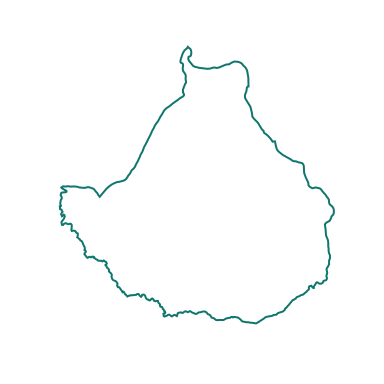 outline of District Autonome De Yamoussoukro, Lacs, Ivory Coast, rotated 167°
{"feature_id": "98640826B30232425959699", "entity_name": "District Autonome De Yamoussoukro", "entity_type": "district", "adm_level": 2, "iso_a3": "CIV", "parent_name": "Ivory Coast", "parent_adm1": "Lacs", "projection": "natural_earth1", "projection_center": [-5.252, 6.815], "detail": "fine", "context": "isolated", "style": "outline", "palette": "teal", "viewbox_px": 384, "rotation_deg": 167, "n_neighbors": 0, "source": "geoboundaries", "source_scale": "gbopen_adm2", "svg_char_len": 5927}
<svg xmlns="http://www.w3.org/2000/svg" viewBox="0 0 384 384"><g transform="rotate(167 192 192)"><path d="M316.2,226.5L318.3,225.8L318.0,224.9L316.8,224.0L315.6,222.6L314.8,222.1L314.1,221.3L314.2,220.6L315.0,220.2L318.9,220.7L319.5,220.6L320.7,218.6L320.1,216.4L320.4,214.9L321.6,213.8L322.6,211.5L323.0,210.1L322.8,208.0L323.4,207.5L324.0,207.7L324.4,204.9L323.2,204.2L322.6,201.8L324.0,200.6L324.5,199.9L324.1,197.6L323.2,198.0L322.1,198.8L321.5,198.1L321.5,196.7L322.9,194.7L325.6,192.4L326.0,191.7L326.1,190.9L326.1,189.2L325.2,188.9L323.4,190.0L321.7,189.9L320.4,188.7L319.2,188.4L317.7,188.5L316.9,187.8L316.6,186.8L317.4,183.9L318.1,182.2L317.9,181.1L316.0,181.0L314.7,180.3L314.3,179.8L313.8,178.2L312.6,177.3L313.0,175.5L314.0,173.6L313.4,173.2L312.7,172.0L311.9,171.1L311.8,170.2L311.4,169.6L310.6,169.0L310.2,168.2L309.6,164.5L309.0,162.5L309.3,160.1L309.8,159.7L308.9,158.6L308.9,157.6L310.5,156.4L310.8,155.6L309.7,153.3L309.1,151.8L308.5,151.3L306.7,152.0L305.8,151.5L305.4,151.1L304.8,151.1L304.1,151.5L302.7,151.2L302.2,150.8L302.6,150.1L301.4,149.2L300.6,148.0L299.4,147.2L299.1,146.5L298.4,146.0L295.9,145.4L294.9,144.5L293.4,145.1L292.2,143.7L291.4,143.1L291.1,141.6L291.5,141.0L292.8,140.3L292.6,139.6L292.1,139.2L291.7,137.2L291.2,136.7L290.5,135.5L290.4,134.3L290.8,133.6L290.5,132.7L289.1,130.8L288.9,130.1L288.8,129.1L289.0,128.5L289.5,127.6L289.3,125.2L288.9,124.3L288.3,123.6L286.4,122.3L285.6,120.9L285.2,119.3L286.0,117.8L285.7,116.2L285.4,116.3L284.6,115.7L283.7,114.2L283.2,112.6L282.5,111.3L282.3,110.0L281.2,110.3L280.6,109.4L280.5,108.2L280.1,107.3L279.4,106.8L279.3,106.2L278.4,104.7L276.8,105.2L276.0,105.0L275.3,105.3L274.4,104.9L273.0,104.9L272.3,104.6L270.7,104.6L269.8,104.3L268.2,104.9L267.3,104.7L266.8,104.3L266.3,102.7L265.2,101.3L264.5,101.8L263.9,102.8L262.9,103.1L262.4,103.0L261.7,102.6L261.0,101.5L260.8,99.5L260.4,98.2L259.5,97.2L259.0,97.1L258.4,96.7L258.0,96.0L257.2,95.9L255.2,97.2L254.6,97.1L254.2,96.7L253.8,95.9L253.2,94.2L252.2,93.8L250.9,93.9L249.8,93.6L249.7,91.8L248.5,89.8L248.8,88.1L248.5,87.3L247.1,86.8L246.8,86.0L246.8,84.6L246.4,84.3L246.0,83.8L245.9,82.2L245.3,81.8L245.1,80.7L245.7,79.9L246.8,80.1L247.3,79.8L247.2,79.1L247.5,77.5L246.9,76.9L244.0,77.2L243.2,77.6L242.1,77.7L241.6,77.5L240.3,75.9L239.6,75.3L238.8,75.7L236.9,76.2L236.4,76.1L234.7,74.5L234.1,75.2L233.7,76.2L233.2,77.0L232.2,77.3L230.6,77.3L229.8,77.2L228.7,76.3L228.1,76.3L226.3,77.1L225.2,77.2L224.6,77.0L223.0,75.8L220.8,76.4L219.9,75.7L218.9,74.4L217.5,73.6L216.5,72.7L215.7,72.3L214.4,72.4L212.4,73.2L211.1,72.9L208.3,73.1L206.5,72.7L205.8,72.3L204.9,71.3L204.1,69.5L203.7,69.1L202.7,68.6L202.2,68.0L201.7,67.1L201.2,65.3L199.2,64.2L197.5,62.0L195.9,61.3L194.8,61.3L190.0,60.2L187.5,61.0L185.3,61.1L183.0,60.9L181.9,61.4L181.0,61.3L180.3,60.6L179.8,60.8L178.3,60.6L175.3,59.2L173.4,56.9L172.4,54.9L171.9,54.5L167.9,52.7L166.6,52.5L164.9,51.7L161.3,50.5L160.0,49.8L158.7,49.6L150.7,52.4L148.7,53.4L147.5,53.6L141.7,53.3L140.0,53.8L137.4,53.5L135.5,54.7L130.4,55.1L128.2,56.2L127.3,57.6L125.6,58.3L124.5,59.4L123.6,59.8L118.2,64.0L117.0,64.1L115.7,64.7L115.1,64.7L114.0,65.7L113.1,66.1L110.8,66.3L109.5,66.9L106.7,67.1L104.2,68.5L103.0,68.9L102.1,69.7L100.3,70.7L99.7,71.6L99.6,72.8L98.9,73.7L96.8,73.8L96.4,72.7L95.9,71.9L95.4,71.2L94.9,71.1L94.6,72.4L91.0,75.9L90.2,75.8L88.6,74.1L87.4,73.7L86.4,73.7L85.2,74.0L83.8,75.8L81.3,75.9L80.4,76.6L79.9,77.7L79.9,80.2L78.4,82.8L78.3,86.4L77.7,87.5L76.3,88.7L74.7,90.8L73.8,94.5L72.6,96.1L71.8,99.2L72.2,101.3L72.2,103.5L71.6,106.3L71.4,109.0L70.9,110.5L70.4,113.9L70.5,115.5L71.1,119.0L71.1,120.1L70.1,126.6L70.1,128.2L69.8,130.6L68.0,131.9L64.5,132.9L62.9,134.5L61.7,136.5L60.7,137.5L59.4,138.2L58.6,139.6L57.9,142.2L57.9,144.6L58.9,146.9L60.2,148.3L60.7,149.5L60.8,150.6L60.4,153.7L60.8,155.3L61.7,156.9L62.5,159.3L64.5,162.8L65.9,165.9L66.9,166.9L70.0,168.4L70.9,168.6L73.5,168.5L74.1,168.8L75.0,169.5L76.4,171.0L76.9,172.3L76.9,173.1L76.7,174.1L76.7,175.4L77.9,181.0L78.4,184.5L78.3,186.1L77.2,192.3L77.4,193.8L77.7,194.6L78.1,195.2L79.5,196.1L81.7,197.0L83.8,198.5L85.9,199.1L86.7,199.6L88.9,202.0L95.1,207.6L98.6,212.0L99.5,213.9L99.9,216.1L99.8,222.7L102.1,222.9L103.3,226.0L105.4,229.8L107.2,232.1L108.3,233.2L108.6,234.1L108.5,235.5L109.7,237.0L112.2,244.7L115.0,249.2L116.3,251.9L115.8,254.6L115.9,261.8L118.7,270.1L119.1,271.7L119.0,272.6L118.9,273.5L118.4,274.9L116.3,278.0L115.0,281.5L113.9,282.3L113.2,282.1L111.4,290.8L111.0,297.5L111.1,298.5L111.9,301.3L113.7,303.9L114.3,305.4L115.1,306.5L116.6,307.8L118.6,308.8L121.5,309.6L124.7,309.0L127.0,308.1L130.2,308.5L137.3,307.3L139.6,307.2L142.3,308.3L143.1,308.4L147.2,308.2L149.4,308.6L157.5,311.5L158.2,312.0L161.1,313.4L162.6,314.7L165.3,320.3L165.7,322.0L165.6,323.0L164.9,324.5L163.1,324.7L162.4,325.3L161.9,326.1L161.2,328.4L161.1,330.2L161.3,331.2L161.5,331.9L162.8,333.3L163.4,334.4L164.6,333.1L166.9,332.0L168.3,330.9L170.2,328.6L173.0,324.0L173.8,322.3L174.0,321.2L173.6,320.3L172.9,319.9L172.3,319.3L172.1,318.6L172.2,317.3L173.4,314.1L173.4,311.8L172.1,308.5L171.9,307.1L172.1,305.9L172.6,304.4L172.9,303.0L173.0,300.6L173.2,299.9L174.6,298.7L175.4,297.2L176.3,296.3L176.7,295.3L177.7,294.0L178.1,292.9L178.1,291.9L178.4,291.3L177.8,288.9L178.3,287.8L179.1,287.2L182.6,286.1L185.1,284.9L190.8,282.6L194.3,280.8L198.3,279.3L200.8,277.7L204.5,273.7L205.8,272.5L209.1,268.7L211.9,266.4L213.4,264.9L214.6,263.2L216.9,260.7L220.3,256.2L221.4,255.0L226.2,249.2L228.3,246.9L231.4,242.3L233.7,239.9L234.7,238.3L238.4,233.6L240.2,231.7L241.8,229.5L243.5,228.0L245.8,226.8L248.5,223.7L250.8,222.0L251.5,221.0L252.1,220.6L253.4,219.3L255.8,218.5L260.2,218.3L263.4,218.5L267.8,217.6L271.3,216.2L274.5,214.5L283.0,208.1L284.1,210.4L284.6,212.4L285.6,214.0L286.8,216.7L287.3,217.3L289.5,218.8L291.7,220.0L292.7,220.2L294.9,220.1L297.3,220.6L300.8,221.8L302.6,222.9L305.1,223.8L309.2,224.6L311.7,225.6L313.9,225.7L316.2,226.5Z" fill="none" stroke="#0f766e" stroke-width="2"/></g></svg>